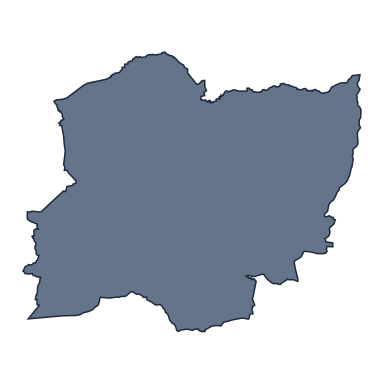 Khok Samrong, Lop Buri, Thailand
{"feature_id": "78962969B63435084868089", "entity_name": "Khok Samrong", "entity_type": "district", "adm_level": 2, "iso_a3": "THA", "parent_name": "Thailand", "parent_adm1": "Lop Buri", "projection": "albers", "projection_center": [100.783, 15.056], "detail": "fine", "context": "isolated", "style": "filled", "palette": "slate", "viewbox_px": 384, "rotation_deg": 0, "n_neighbors": 0, "source": "geoboundaries", "source_scale": "gbopen_adm2", "svg_char_len": 5809}
<svg xmlns="http://www.w3.org/2000/svg" viewBox="0 0 384 384"><path d="M28.2,318.9L62.4,315.8L76.5,315.5L79.9,314.7L83.8,312.6L88.2,311.6L91.8,310.1L93.8,308.6L95.1,307.0L97.9,305.5L99.2,302.0L100.0,297.9L100.5,297.3L109.5,298.1L116.4,297.1L119.8,297.3L121.3,296.3L123.9,296.5L126.0,296.0L131.0,291.7L133.0,292.1L136.4,294.1L139.5,294.3L141.9,295.6L143.5,297.5L146.5,297.0L146.6,298.9L147.2,299.9L152.0,302.3L154.9,304.6L156.3,305.0L159.7,304.6L161.8,305.7L163.3,308.4L164.9,309.8L165.3,312.3L167.7,314.0L169.8,320.2L171.9,323.0L174.1,324.1L175.7,326.6L176.7,330.4L178.4,331.4L181.1,330.0L185.2,329.4L188.0,329.3L192.6,330.4L195.1,329.0L196.8,329.4L198.2,328.9L198.8,329.2L198.9,330.4L200.5,331.2L202.4,331.8L203.8,331.0L203.8,331.5L204.6,331.7L205.9,329.4L212.0,326.1L216.6,325.5L220.9,326.0L223.9,322.0L226.0,321.8L232.9,319.8L242.4,318.0L248.1,319.1L249.0,318.8L249.4,316.3L250.1,314.2L250.9,313.8L253.0,313.8L251.9,309.1L252.8,306.5L254.7,305.2L252.3,298.3L253.0,296.9L256.2,281.3L255.8,281.2L254.6,279.3L253.9,278.8L253.4,279.6L252.3,278.9L251.9,279.3L251.6,278.3L250.6,278.6L250.3,277.8L249.7,277.8L249.6,278.3L248.7,278.1L248.3,277.0L247.1,277.1L246.8,276.7L247.5,276.3L246.4,276.0L248.2,275.4L248.9,275.8L249.6,275.3L252.1,276.7L252.8,276.3L253.8,276.6L262.6,274.1L263.9,274.7L267.6,279.5L272.0,283.0L273.7,283.8L275.8,283.3L279.2,284.4L280.7,284.4L281.9,282.9L287.2,279.6L287.3,279.1L289.2,279.8L293.1,279.7L297.8,281.3L297.8,278.5L295.4,269.2L294.3,262.9L294.4,261.2L301.2,256.8L303.7,251.8L305.0,251.4L309.8,251.8L318.0,253.7L324.2,253.6L326.1,252.9L327.0,251.4L326.4,248.9L327.0,246.5L332.8,246.8L332.8,242.9L325.6,241.8L325.7,240.7L324.8,238.7L328.1,236.7L329.4,234.8L330.0,231.6L329.3,229.9L329.4,228.2L334.0,223.8L335.3,219.7L333.3,219.0L333.4,217.6L331.5,217.1L329.3,215.7L327.4,216.5L325.0,216.7L324.4,215.9L324.5,215.0L325.1,213.4L327.5,211.5L328.9,204.4L331.3,201.6L333.5,199.9L335.0,197.4L337.2,192.0L339.2,190.0L339.3,188.3L340.0,187.2L345.2,183.3L347.4,180.5L349.6,175.2L351.3,168.0L352.0,166.6L353.2,159.1L352.3,155.9L353.1,154.0L352.9,149.9L353.5,148.7L356.1,146.7L357.5,144.6L358.0,142.3L357.3,134.0L357.8,131.4L360.5,127.8L359.3,124.9L359.1,123.1L359.3,119.6L360.4,118.3L360.7,117.0L361.0,110.0L360.0,107.6L357.6,104.8L357.8,101.9L356.7,99.7L357.2,97.2L356.6,95.2L360.0,89.7L359.8,88.7L358.3,87.3L357.2,83.7L359.0,80.3L360.0,74.7L352.8,75.5L351.5,76.3L351.2,77.7L348.7,79.4L346.9,82.7L341.2,82.9L337.1,84.4L332.0,87.0L330.9,88.1L330.2,90.2L328.2,92.0L322.8,93.4L320.7,92.7L318.7,90.9L316.8,90.7L315.4,89.4L314.2,89.8L313.8,90.5L312.4,90.2L312.2,91.0L310.0,90.5L309.6,91.0L309.1,90.7L308.4,90.9L307.5,90.1L306.7,90.5L305.9,88.8L304.6,88.5L302.7,89.1L301.5,90.1L299.2,89.3L298.7,89.5L297.7,89.0L296.8,89.2L296.8,88.2L295.9,87.4L294.2,87.3L291.7,86.1L289.9,86.2L289.7,85.3L288.2,84.8L285.6,84.8L285.1,84.1L283.7,83.3L283.1,83.8L281.3,83.6L281.3,84.0L280.4,84.3L280.7,84.9L280.0,85.2L279.8,86.0L279.2,86.4L277.0,86.9L275.9,86.4L275.2,86.6L275.0,86.0L273.3,86.0L272.2,86.6L271.8,87.2L270.8,87.2L269.2,88.1L268.6,89.3L268.2,89.2L266.5,90.5L264.0,89.7L262.6,89.7L261.3,92.1L260.0,91.8L258.9,92.5L257.9,92.2L256.6,92.4L255.5,91.8L253.4,92.1L253.1,91.3L252.3,91.1L252.2,89.8L250.0,89.4L249.3,88.2L247.6,88.1L246.9,88.3L247.3,90.7L246.7,91.0L239.1,91.2L233.9,89.7L228.6,91.8L227.9,91.7L227.7,91.1L225.8,91.0L225.4,91.8L224.9,91.9L223.4,94.6L222.9,94.7L223.1,95.3L221.8,96.2L221.1,95.4L221.2,96.2L220.6,97.0L219.8,96.4L219.3,96.8L219.9,97.5L219.4,97.8L219.6,98.7L219.1,98.3L218.2,98.9L217.9,98.5L216.1,99.4L216.3,101.1L213.6,101.5L213.2,102.4L212.6,102.7L212.2,102.3L211.9,102.7L211.1,102.2L210.8,102.5L210.8,101.4L210.1,100.7L209.7,101.7L209.3,101.2L208.5,101.6L208.5,101.0L207.5,102.0L206.9,101.8L207.0,101.1L205.4,100.7L205.5,99.9L203.7,100.6L202.5,99.9L201.7,100.3L201.3,100.1L201.5,99.3L200.7,98.9L201.2,96.4L204.7,95.6L204.0,92.6L206.5,90.6L204.8,86.8L204.7,80.4L201.9,80.8L198.8,84.1L196.6,84.2L187.6,73.0L187.6,69.0L184.4,67.4L184.0,65.8L183.1,64.7L180.2,63.4L179.8,62.5L179.0,62.5L177.6,60.4L176.8,60.0L175.4,58.2L173.7,57.4L173.5,56.7L172.4,56.5L172.0,55.8L169.0,55.4L168.7,54.7L167.8,54.8L166.3,53.5L165.7,53.5L165.2,52.2L163.5,52.2L163.1,52.7L161.9,52.7L161.1,54.1L157.7,54.4L156.8,55.3L155.7,54.7L154.0,54.9L152.5,54.3L151.5,54.8L150.0,54.5L147.2,55.2L145.1,57.2L141.8,57.3L139.4,56.7L138.1,57.6L136.9,56.6L136.1,56.6L133.8,58.8L133.1,58.6L132.0,61.1L130.5,61.1L127.9,62.3L128.0,63.9L124.6,64.2L124.8,67.6L122.2,67.2L122.0,69.7L120.8,70.5L119.5,72.5L114.7,73.3L114.3,74.3L112.4,74.4L112.3,75.3L111.0,75.6L111.2,76.5L110.7,76.6L110.8,77.1L105.7,79.4L87.3,83.3L83.0,85.7L66.8,98.0L62.8,99.2L56.4,99.9L54.0,101.2L55.5,103.8L56.3,104.3L57.8,108.7L58.3,109.1L58.0,110.3L58.6,110.8L59.2,110.6L59.6,111.7L60.7,111.4L61.2,113.0L62.2,114.1L62.3,116.3L63.8,119.2L61.0,120.5L60.7,121.4L58.8,123.0L60.4,123.8L59.7,125.5L61.6,125.6L63.6,135.8L64.3,144.9L65.3,150.9L63.6,165.0L64.2,165.4L64.9,167.4L64.3,170.4L66.8,170.2L68.5,172.9L76.0,180.9L76.0,182.9L73.0,184.2L73.0,185.3L66.9,186.5L65.6,191.6L63.5,191.0L40.7,212.1L31.9,211.2L30.5,212.0L27.4,211.8L27.2,218.2L27.9,219.7L31.0,221.6L37.2,224.1L37.2,225.6L36.8,226.0L38.2,229.2L37.2,229.3L36.3,228.7L34.2,230.0L33.8,230.7L34.2,231.5L33.9,233.2L34.2,235.0L33.6,236.1L32.8,235.8L32.0,236.3L32.8,237.2L32.6,238.0L33.5,238.4L34.7,241.6L35.9,242.5L35.8,245.0L35.1,246.0L34.9,247.8L35.1,249.1L36.1,250.8L36.3,254.5L38.8,255.6L37.5,260.0L36.2,260.9L36.0,262.7L33.7,262.9L31.9,264.8L30.3,265.0L28.5,264.5L27.8,265.6L25.3,266.5L23.0,271.2L24.2,271.8L24.8,273.5L28.4,274.0L32.3,273.7L33.1,275.4L34.7,275.6L35.9,276.6L36.9,276.5L38.5,277.3L40.0,276.9L40.9,277.6L40.0,278.8L39.6,282.5L38.4,284.6L37.5,287.7L37.4,291.8L36.7,294.9L36.2,294.9L35.3,299.6L37.1,299.7L37.0,304.7L39.4,305.3L28.2,318.9Z" fill="#64748b" stroke="#1e293b" stroke-width="1.5"/></svg>